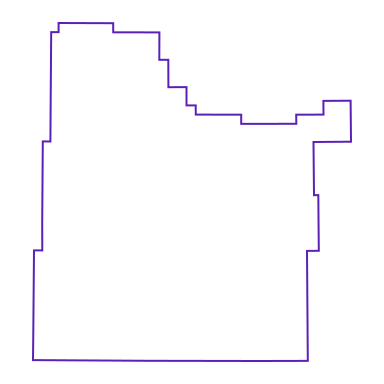 the district of Custer, Montana, United States of America
{"feature_id": "52423323B6606867099089", "entity_name": "Custer", "entity_type": "district", "adm_level": 2, "iso_a3": "USA", "parent_name": "United States of America", "parent_adm1": "Montana", "projection": "orthographic", "projection_center": [-105.487, 46.324], "detail": "fine", "context": "isolated", "style": "outline", "palette": "violet", "viewbox_px": 384, "rotation_deg": 0, "n_neighbors": 0, "source": "geoboundaries", "source_scale": "gbopen_adm2", "svg_char_len": 583}
<svg xmlns="http://www.w3.org/2000/svg" viewBox="0 0 384 384"><path d="M298.4,360.9L307.8,360.9L307.0,250.9L318.8,250.8L318.3,195.1L314.0,195.2L313.5,142.0L351.0,141.7L350.6,100.7L323.4,100.9L323.5,114.6L296.2,114.7L296.3,123.8L241.2,123.9L241.2,114.7L195.8,114.6L195.7,105.4L186.5,105.4L186.5,87.1L168.4,87.2L168.3,59.8L159.3,59.8L159.4,32.4L113.2,32.3L113.2,23.2L58.6,23.0L58.6,27.6L58.6,32.1L51.2,32.1L50.7,97.1L50.4,141.5L42.8,141.4L42.2,223.0L42.3,250.4L34.0,250.4L33.3,332.4L33.0,360.1L149.9,360.8L260.2,361.0L298.4,360.9Z" fill="none" stroke="#5b21b6" stroke-width="2"/></svg>